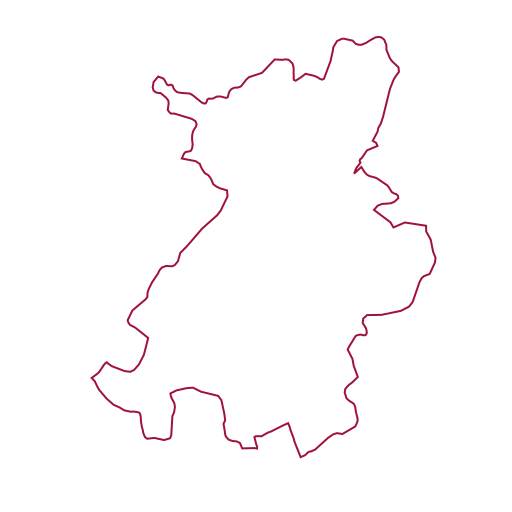 Santarém, Natural Earth projection, rotated 173°
{"feature_id": "PRT-748", "entity_name": "Santarém", "entity_type": "District", "adm_level": 1, "iso_a3": "PRT", "parent_name": "Portugal", "parent_adm1": "", "projection": "natural_earth1", "projection_center": [-8.43, 39.286], "detail": "fine", "context": "isolated", "style": "outline", "palette": "rose", "viewbox_px": 512, "rotation_deg": 173, "n_neighbors": 0, "source": "natural_earth", "source_scale": "10m", "svg_char_len": 3935}
<svg xmlns="http://www.w3.org/2000/svg" viewBox="0 0 512 512"><g transform="rotate(173 256 256)"><path d="M141.0,335.8L145.7,331.1L148.6,325.8L140.6,331.5L138.2,326.4L137.0,324.5L135.7,323.0L133.8,321.6L127.7,319.1L125.8,317.8L117.1,310.1L115.7,307.8L113.5,303.0L111.5,301.4L109.1,300.2L107.7,298.3L107.7,296.0L112.0,293.0L115.6,291.9L124.5,292.3L129.1,291.1L133.3,287.4L118.4,273.0L116.1,267.6L104.1,271.1L83.5,265.3L84.1,259.7L80.6,250.9L79.7,238.8L78.0,232.2L79.2,227.7L85.8,217.0L91.6,215.6L94.1,214.0L96.8,210.3L106.2,191.1L110.3,187.1L119.0,183.9L138.5,182.3L152.9,183.8L157.2,180.9L157.8,178.1L158.2,176.8L158.2,176.1L157.7,175.3L155.7,171.2L155.3,168.3L155.5,165.8L156.9,164.1L159.1,164.2L161.4,165.2L164.4,165.2L166.8,164.5L174.5,154.9L176.4,152.0L172.8,142.1L172.4,135.2L169.7,123.5L176.2,118.6L178.9,117.1L181.3,115.3L183.6,113.1L184.6,109.7L183.5,103.8L181.2,101.0L178.7,99.0L176.8,97.1L175.9,94.1L175.9,89.8L175.1,83.2L175.1,80.3L176.7,77.1L178.3,74.7L191.9,68.8L197.3,70.3L201.0,69.6L206.4,66.9L220.8,56.7L224.9,55.4L227.7,55.2L231.6,52.3L236.2,50.9L240.3,66.5L240.9,70.5L243.0,79.3L243.4,82.3L244.1,84.5L244.5,86.2L249.9,84.5L262.1,80.1L265.9,79.2L272.5,76.4L278.2,77.2L279.7,76.4L278.7,69.1L278.1,66.5L278.5,64.7L280.7,65.5L293.1,66.7L294.8,72.4L297.7,74.3L301.7,75.2L305.1,76.8L306.9,78.8L308.0,80.9L308.3,82.6L308.4,84.7L308.3,86.4L308.7,93.3L306.6,96.7L306.7,103.7L307.9,117.0L310.6,121.8L327.1,128.0L334.6,133.0L341.0,133.3L351.3,132.3L357.7,130.0L357.6,128.0L357.2,125.6L355.0,119.9L354.9,115.9L356.3,111.0L358.5,107.3L362.0,88.3L363.5,85.6L369.6,84.5L379.0,87.8L386.3,87.9L388.0,89.5L388.9,91.8L389.5,94.5L389.6,97.3L390.1,100.0L390.3,105.6L390.0,111.4L390.7,114.5L392.7,115.5L395.9,116.4L399.6,116.8L405.6,118.9L410.0,122.4L415.5,125.7L421.7,132.7L427.9,142.1L429.1,144.8L431.3,151.3L434.0,155.0L427.6,158.6L425.7,160.1L419.9,166.8L418.6,167.9L417.1,168.7L416.7,168.0L412.5,164.2L400.5,157.8L394.8,156.4L390.9,157.8L385.5,162.5L379.3,171.6L373.0,187.8L384.7,199.7L389.5,203.0L390.8,205.5L391.2,207.9L385.3,217.0L371.0,226.4L369.0,228.3L368.0,233.2L366.6,236.1L362.4,242.5L355.4,250.6L354.2,252.6L352.9,254.2L350.8,256.0L346.5,257.1L340.6,256.0L337.8,256.8L334.0,260.5L330.8,268.3L323.6,273.9L306.1,289.8L289.6,301.2L285.6,305.2L277.0,318.6L276.8,324.7L283.8,327.7L287.0,329.9L289.7,332.5L290.7,336.2L291.7,339.0L293.5,342.0L296.8,344.6L298.8,348.6L299.9,351.5L300.5,354.2L304.4,357.5L317.7,361.8L315.0,366.4L313.2,367.8L309.3,368.0L307.8,368.4L306.3,370.7L305.3,374.1L305.2,380.2L304.5,384.1L303.3,387.3L301.6,389.7L299.8,391.7L298.9,394.1L299.6,397.1L301.9,399.1L304.0,400.4L319.4,407.2L323.1,407.8L324.2,408.9L325.8,411.7L324.1,418.1L324.1,421.0L326.0,424.2L330.8,429.3L333.1,429.7L335.6,430.7L337.5,432.7L338.0,436.0L336.4,441.2L331.2,446.0L326.4,443.5L325.2,441.6L323.5,437.0L322.0,436.0L320.5,436.4L318.8,436.2L317.8,434.7L317.4,432.5L316.2,430.2L314.4,428.3L311.2,427.2L301.9,425.3L299.3,423.4L291.3,415.1L289.1,413.7L287.3,413.6L286.0,415.4L285.4,417.1L283.8,418.0L282.0,417.6L279.2,417.6L275.7,419.0L271.8,418.7L266.6,416.6L264.8,416.9L264.0,418.7L263.3,420.8L262.1,422.8L260.7,424.2L259.0,425.1L256.8,425.7L253.4,425.4L250.2,426.2L244.1,432.3L241.1,434.4L227.8,437.0L213.5,448.8L205.8,447.5L203.0,447.6L199.7,446.8L196.3,442.6L195.8,439.5L195.9,436.2L196.4,433.4L196.5,430.7L197.0,427.9L196.8,426.0L195.3,425.2L190.3,427.5L184.6,430.8L176.4,427.8L172.9,425.7L171.1,424.1L168.9,423.0L166.9,423.7L158.2,440.5L154.6,450.8L153.8,453.8L149.3,459.5L144.3,461.1L142.3,461.0L133.9,458.0L131.1,454.4L128.9,453.3L125.4,452.8L120.5,454.2L117.3,455.8L111.2,458.3L107.8,458.6L104.9,457.7L102.4,455.1L100.9,449.5L101.4,444.8L99.1,436.3L97.9,433.8L96.8,432.2L91.6,425.9L91.7,421.3L96.0,416.8L98.1,413.9L102.6,405.7L113.0,378.5L116.0,372.2L118.9,368.4L120.2,364.6L126.1,356.1L123.0,353.7L122.0,350.4L133.0,347.3L139.1,340.3L140.9,339.2L141.6,337.9L141.0,335.8Z" fill="none" stroke="#9f1239" stroke-width="2"/></g></svg>